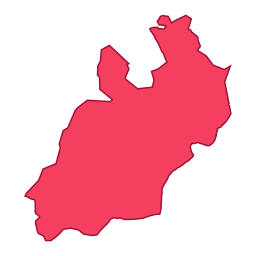 Ife South, Osun, Nigeria (Albers equal-area conic projection)
{"feature_id": "59680162B5974853059370", "entity_name": "Ife South", "entity_type": "district", "adm_level": 2, "iso_a3": "NGA", "parent_name": "Nigeria", "parent_adm1": "Osun", "projection": "albers", "projection_center": [4.591, 7.196], "detail": "fine", "context": "isolated", "style": "filled", "palette": "rose", "viewbox_px": 256, "rotation_deg": 0, "n_neighbors": 0, "source": "geoboundaries", "source_scale": "gbopen_adm2", "svg_char_len": 3399}
<svg xmlns="http://www.w3.org/2000/svg" viewBox="0 0 256 256"><path d="M63.2,130.6L59.2,144.0L60.4,147.3L56.1,163.6L43.0,169.1L38.7,180.4L26.5,193.1L25.1,196.1L26.2,196.5L28.6,197.4L30.4,198.6L32.5,199.3L34.3,199.6L35.2,201.1L35.2,203.2L35.2,205.3L35.2,206.5L35.4,209.0L35.1,211.4L35.7,213.5L38.7,215.7L39.6,216.9L38.4,218.4L35.6,221.1L35.6,223.2L35.9,224.8L36.5,226.9L37.0,229.3L37.3,231.1L38.2,233.3L41.8,235.1L43.6,236.0L45.7,240.6L51.0,240.6L55.7,237.1L59.5,233.7L63.4,229.3L70.6,228.1L78.9,230.1L83.6,234.1L92.3,235.5L96.9,234.9L100.9,229.9L107.4,223.5L111.1,218.7L114.3,217.7L116.5,218.3L120.5,218.1L122.2,218.7L124.8,219.5L133.5,219.3L142.8,218.3L150.7,215.5L157.1,214.1L159.7,214.3L160.3,212.1L160.6,210.9L161.1,207.5L161.1,204.1L161.5,200.2L161.5,195.4L162.0,193.9L162.0,192.0L161.9,188.6L163.4,186.2L164.3,183.8L165.8,181.8L167.7,178.4L168.6,176.0L170.5,173.6L172.9,171.1L175.3,169.7L177.7,167.7L179.7,166.8L182.1,165.3L184.0,163.8L185.4,162.4L187.3,161.4L188.1,160.9L188.8,160.4L190.7,158.5L192.6,157.0L193.1,156.0L193.6,155.1L192.1,153.1L191.1,150.7L190.6,148.3L190.2,147.3L190.6,145.4L192.1,143.5L194.0,143.5L198.3,142.5L200.3,143.4L202.2,143.9L206.0,145.3L208.5,145.8L209.9,145.3L210.6,144.8L211.3,144.3L211.9,143.7L212.8,142.9L213.4,142.1L214.7,140.4L215.2,138.5L216.1,136.1L216.6,132.8L216.6,132.7L217.5,129.8L217.5,128.3L220.4,127.3L225.7,122.0L227.1,120.0L228.5,118.1L229.5,116.2L230.9,113.7L229.5,106.0L229.4,105.9L228.5,104.7L228.9,103.5L229.0,103.4L228.9,103.1L225.2,84.2L224.7,81.8L230.3,66.1L228.4,67.2L224.2,69.5L213.0,65.1L206.5,56.2L197.4,50.3L200.4,46.2L198.0,40.2L197.9,37.9L197.5,36.8L196.7,35.9L195.5,35.2L191.5,31.8L190.7,30.1L188.3,29.0L191.1,19.6L191.2,18.8L185.9,15.4L174.6,20.9L171.6,22.9L168.2,16.4L162.3,15.6L160.4,16.5L157.3,21.5L157.5,21.9L157.9,22.6L158.1,22.9L158.4,23.4L158.6,24.0L158.8,24.4L158.9,24.6L159.1,24.9L159.3,24.9L159.5,24.9L160.1,24.9L160.3,24.9L160.5,25.0L160.9,25.0L161.1,25.0L161.4,25.0L161.7,25.1L162.0,25.1L162.5,25.1L162.9,25.2L163.1,25.2L163.3,25.3L163.6,25.3L163.8,25.3L164.1,25.4L164.4,25.5L164.8,25.6L165.1,25.6L165.4,25.7L165.7,25.8L165.9,25.9L166.0,26.0L165.9,26.2L165.8,26.4L165.7,26.5L165.5,26.8L165.4,27.0L165.2,27.4L165.1,27.5L164.9,27.8L164.8,28.0L164.7,28.3L164.5,28.5L164.4,28.7L164.2,28.9L163.9,29.0L163.6,29.1L163.4,29.1L163.2,29.1L162.8,29.0L162.7,29.0L162.3,29.0L162.1,28.9L161.8,28.9L161.7,28.8L161.4,28.8L161.2,28.8L161.1,28.7L160.9,28.7L160.6,28.6L160.4,28.6L160.2,28.6L159.9,28.7L159.7,28.7L159.5,28.8L159.4,28.8L159.1,28.9L158.9,28.9L158.8,29.0L158.7,29.0L158.5,28.8L158.4,28.6L158.2,28.2L158.0,27.9L158.0,27.6L157.9,27.4L157.7,27.4L157.4,27.4L157.2,27.4L156.7,27.4L156.3,27.4L156.1,27.4L155.8,27.4L155.5,27.4L155.3,27.4L155.0,27.4L154.8,27.4L154.6,27.4L154.4,27.4L154.2,27.4L153.7,27.4L153.5,27.5L153.3,27.5L153.1,27.5L152.9,27.6L152.7,27.6L152.4,27.7L152.2,27.8L151.7,27.9L151.4,28.0L151.0,28.1L150.7,28.3L150.4,28.4L149.8,28.6L150.8,31.1L151.1,31.3L154.6,36.4L154.8,37.8L156.1,39.7L156.8,41.0L159.0,45.0L159.8,46.8L161.9,51.7L163.2,53.2L165.7,59.5L166.9,62.1L158.0,69.1L151.5,71.4L154.1,80.2L152.6,85.5L152.3,87.2L137.7,88.8L125.6,79.2L125.5,77.1L128.9,69.0L126.9,64.4L128.9,63.7L109.4,45.4L101.4,49.8L100.4,61.2L97.8,66.0L97.5,75.3L99.5,76.5L99.9,89.4L112.4,99.7L111.5,100.6L109.7,101.6L92.5,100.6L87.2,100.3L77.8,107.6L75.1,110.7L67.8,127.9L63.2,130.6Z" fill="#f43f5e" stroke="#9f1239" stroke-width="1.5"/></svg>